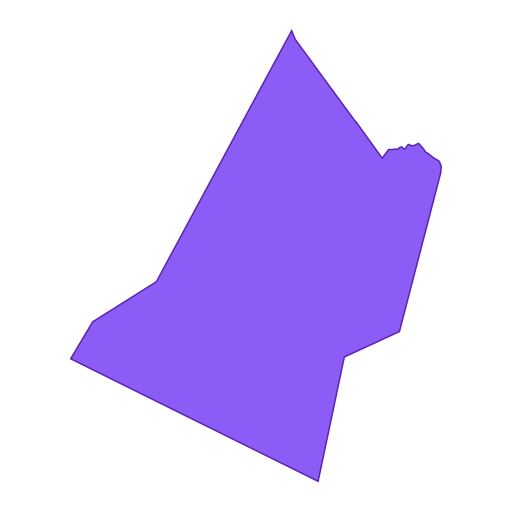 Goroka District, Eastern Highlands, Papua New Guinea (Albers equal-area conic projection)
{"feature_id": "67681753B3470631360402", "entity_name": "Goroka District", "entity_type": "district", "adm_level": 2, "iso_a3": "PNG", "parent_name": "Papua New Guinea", "parent_adm1": "Eastern Highlands", "projection": "albers", "projection_center": [145.434, -6.025], "detail": "fine", "context": "isolated", "style": "filled", "palette": "violet", "viewbox_px": 512, "rotation_deg": 0, "n_neighbors": 0, "source": "geoboundaries", "source_scale": "gbopen_adm2", "svg_char_len": 654}
<svg xmlns="http://www.w3.org/2000/svg" viewBox="0 0 512 512"><path d="M70.7,358.8L175.6,410.8L318.1,481.3L344.3,357.0L399.4,331.5L415.1,271.3L440.7,172.8L441.0,168.8L441.3,167.0L440.8,164.9L439.8,162.6L438.8,160.9L434.0,158.1L431.1,155.9L428.1,153.5L425.6,152.1L423.2,148.5L419.4,144.2L418.2,143.4L415.7,144.8L414.1,145.5L411.2,145.7L409.1,144.5L408.2,144.6L406.4,146.9L405.4,148.3L404.5,149.1L403.6,148.8L402.0,147.0L400.1,147.2L398.1,149.1L394.0,149.2L391.8,149.7L390.3,149.5L388.7,149.5L382.2,158.2L356.2,122.1L356.0,122.4L295.2,39.4L291.7,30.7L267.3,75.8L156.4,281.7L92.7,321.8L70.7,358.8Z" fill="#8b5cf6" stroke="#5b21b6" stroke-width="1.5"/></svg>